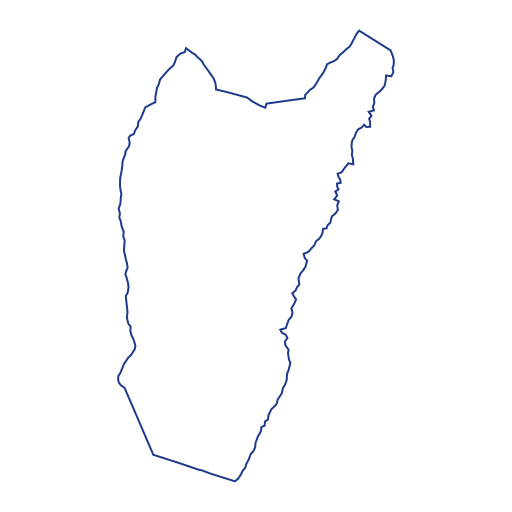 Cianorte, Paraná, Brazil (Albers equal-area conic projection)
{"feature_id": "56859067B27297856655617", "entity_name": "Cianorte", "entity_type": "district", "adm_level": 2, "iso_a3": "BRA", "parent_name": "Brazil", "parent_adm1": "Paraná", "projection": "albers", "projection_center": [-52.604, -23.737], "detail": "fine", "context": "isolated", "style": "outline", "palette": "blue", "viewbox_px": 512, "rotation_deg": 0, "n_neighbors": 0, "source": "geoboundaries", "source_scale": "gbopen_adm2", "svg_char_len": 3103}
<svg xmlns="http://www.w3.org/2000/svg" viewBox="0 0 512 512"><path d="M305.5,266.7L307.1,260.6L304.8,258.1L303.6,253.8L306.4,252.8L308.9,251.3L311.5,248.2L314.2,245.4L316.3,240.9L319.1,238.9L320.9,236.3L322.4,233.5L323.1,228.8L326.5,228.4L327.6,225.2L330.4,222.6L330.9,219.7L331.9,216.4L335.6,213.3L337.9,209.9L337.2,205.3L338.8,201.3L334.2,199.3L337.2,195.5L335.3,191.5L338.5,189.5L337.2,186.6L337.0,183.5L340.6,182.9L340.3,179.6L338.6,177.2L337.6,173.7L341.5,172.4L344.5,168.1L348.5,163.3L353.3,164.3L352.9,158.9L351.8,154.6L352.4,150.9L351.5,147.2L351.7,143.1L352.6,139.7L354.4,137.4L355.9,132.9L358.4,129.2L361.7,127.5L364.2,124.7L366.3,127.0L370.1,126.8L370.1,121.9L369.1,118.7L371.5,115.9L368.7,111.8L373.9,110.4L372.9,106.7L374.3,103.2L374.0,98.8L375.7,94.7L380.8,90.5L384.6,85.8L385.7,80.4L386.1,75.5L391.3,76.3L393.4,72.1L392.6,67.9L393.6,65.0L393.9,60.8L392.9,56.3L390.6,50.4L359.2,30.7L356.7,33.6L354.2,38.5L351.7,43.2L349.8,46.5L345.8,49.6L342.9,52.5L339.6,55.1L337.1,59.0L333.8,61.2L330.9,62.3L327.1,64.2L325.8,67.8L323.0,73.2L319.5,77.9L316.2,83.6L313.7,87.3L310.0,89.9L305.2,94.9L305.0,98.3L287.9,100.6L266.6,103.6L265.3,107.7L260.2,105.7L255.3,103.1L252.8,101.7L250.3,99.9L247.0,97.5L227.1,92.1L216.0,89.5L215.8,85.5L215.1,82.2L213.6,78.4L208.0,70.4L203.6,64.5L202.4,61.7L199.4,58.7L197.2,57.0L195.3,54.7L192.4,53.0L186.0,48.2L184.8,52.0L180.2,53.8L176.6,56.9L174.7,62.6L173.2,65.6L170.4,68.0L167.1,71.3L160.1,79.4L158.6,84.7L157.0,87.8L156.3,92.1L155.4,96.3L155.3,102.2L150.7,104.4L145.3,107.3L142.5,114.4L140.5,118.8L138.2,122.1L138.0,126.0L135.3,130.2L133.7,134.1L130.3,135.6L128.6,138.0L129.7,142.6L129.0,146.2L125.5,151.3L125.3,154.4L123.7,158.3L122.6,161.3L122.3,165.6L121.7,170.3L120.2,178.1L120.0,185.6L120.5,190.0L121.4,194.1L120.8,197.6L120.4,203.6L118.7,208.5L119.9,213.8L119.3,217.7L120.7,221.0L121.7,226.5L123.7,231.7L123.2,236.2L124.7,240.7L123.9,250.3L124.8,254.6L125.8,259.1L127.0,263.3L127.6,267.7L126.2,271.1L125.4,274.3L126.8,278.3L128.2,283.9L128.5,287.5L127.6,293.0L125.8,295.8L126.1,299.2L126.7,304.6L127.5,311.9L126.9,317.9L128.4,323.8L130.6,326.6L130.4,331.3L131.5,335.5L133.2,338.6L135.4,345.5L134.8,349.0L131.1,354.9L128.0,358.0L123.9,364.2L120.1,373.5L118.3,376.0L118.1,379.4L118.9,382.8L121.1,385.4L124.5,387.8L136.3,415.1L137.6,418.1L153.3,454.8L179.6,463.2L198.6,469.7L201.5,470.2L205.3,471.7L211.9,474.1L235.0,481.3L238.3,478.5L241.1,474.1L242.7,470.7L245.3,467.6L246.3,463.9L248.8,459.4L250.8,453.8L253.3,451.4L255.2,447.1L255.5,443.0L257.7,437.0L260.8,431.4L261.4,427.0L264.6,425.7L265.1,421.3L267.9,419.6L268.5,415.1L271.5,409.1L275.4,405.4L277.0,402.9L277.6,399.7L279.5,396.9L281.9,393.0L282.9,388.1L285.1,384.5L286.7,380.0L287.0,373.8L288.5,370.4L290.4,362.9L289.1,359.9L288.5,356.5L288.0,353.2L288.6,349.8L285.4,345.2L284.9,341.7L287.4,337.9L285.8,334.8L281.9,332.7L280.3,329.7L283.1,328.8L285.8,328.2L287.0,324.4L288.8,319.7L291.6,316.5L292.5,312.7L291.4,308.4L294.1,304.0L296.1,299.3L294.1,296.7L292.3,293.2L295.5,290.6L297.1,287.1L299.3,284.5L298.5,278.3L300.5,273.4L302.6,271.0L305.5,266.7Z" fill="none" stroke="#1e3a8a" stroke-width="2"/></svg>